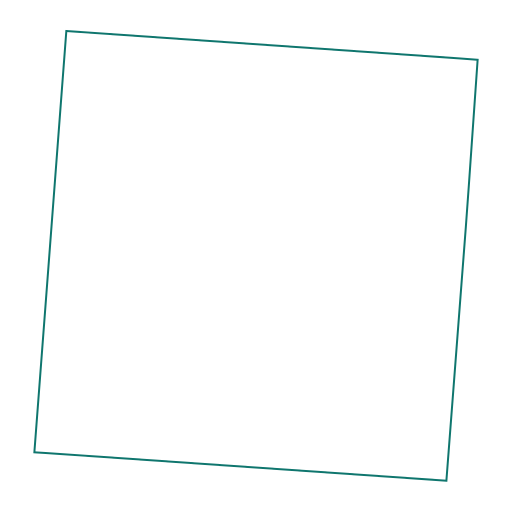 the district of Graham, Kansas, United States of America, rotated 4°
{"feature_id": "52423323B5145566427534", "entity_name": "Graham", "entity_type": "district", "adm_level": 2, "iso_a3": "USA", "parent_name": "United States of America", "parent_adm1": "Kansas", "projection": "equal_earth", "projection_center": [-99.853, 39.35], "detail": "fine", "context": "isolated", "style": "outline", "palette": "teal", "viewbox_px": 512, "rotation_deg": 4, "n_neighbors": 0, "source": "geoboundaries", "source_scale": "gbopen_adm2", "svg_char_len": 264}
<svg xmlns="http://www.w3.org/2000/svg" viewBox="0 0 512 512"><g transform="rotate(4 256 256)"><path d="M51.1,44.8L48.6,467.3L60.6,467.2L461.6,466.9L463.3,212.6L463.4,170.5L463.4,44.8L444.4,44.7L51.1,44.8Z" fill="none" stroke="#0f766e" stroke-width="2"/></g></svg>